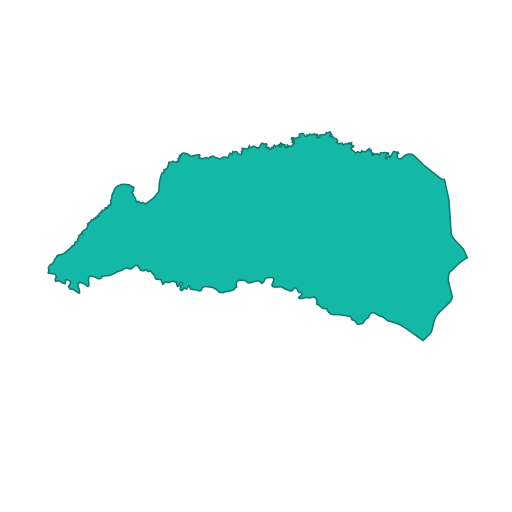 the district of Sam Chai, Kalasin, Thailand, rotated 259°
{"feature_id": "78962969B80615329073531", "entity_name": "Sam Chai", "entity_type": "district", "adm_level": 2, "iso_a3": "THA", "parent_name": "Thailand", "parent_adm1": "Kalasin", "projection": "orthographic", "projection_center": [103.555, 16.912], "detail": "fine", "context": "isolated", "style": "filled", "palette": "teal", "viewbox_px": 512, "rotation_deg": 259, "n_neighbors": 0, "source": "geoboundaries", "source_scale": "gbopen_adm2", "svg_char_len": 6109}
<svg xmlns="http://www.w3.org/2000/svg" viewBox="0 0 512 512"><g transform="rotate(259 256 256)"><path d="M283.9,49.8L282.0,50.0L278.8,48.8L276.6,55.3L273.7,56.1L271.8,54.5L269.3,54.4L269.4,57.9L266.4,60.9L265.2,63.2L269.0,64.8L268.1,67.4L265.9,69.2L264.0,68.2L262.0,66.2L259.1,67.1L258.0,70.3L253.2,75.1L253.8,75.9L256.6,76.2L260.6,75.4L262.2,75.8L263.7,77.7L263.7,78.6L260.1,83.6L258.5,84.5L258.2,85.7L259.6,86.5L265.4,87.1L267.9,88.6L267.5,91.0L266.4,93.4L263.9,96.5L263.5,98.4L264.1,100.2L265.6,100.9L264.8,108.2L265.8,113.4L267.1,117.0L267.4,120.9L269.1,125.9L267.0,130.9L269.7,135.5L269.7,136.9L269.3,138.0L268.4,137.8L267.3,138.8L264.5,139.6L263.6,140.8L263.0,142.4L263.3,145.9L262.8,146.7L261.9,146.5L261.2,147.2L261.4,149.7L255.7,152.7L252.4,153.4L250.8,158.3L246.1,158.9L246.4,160.1L247.9,161.7L247.7,163.4L246.9,164.2L246.6,165.9L247.3,169.5L246.1,170.9L245.6,172.9L241.8,172.8L241.1,173.3L241.3,174.2L244.0,176.4L244.4,177.6L244.0,178.5L242.3,178.6L241.5,176.4L238.6,175.4L237.1,175.3L236.2,176.3L236.5,177.3L238.3,179.2L236.8,181.5L239.7,184.2L239.2,184.7L236.3,185.2L234.6,188.8L234.3,190.5L232.5,193.7L232.5,195.4L235.4,197.6L235.8,200.2L233.6,207.1L230.6,210.9L227.5,213.0L226.2,216.8L226.8,219.7L226.6,224.6L227.1,227.9L228.3,228.8L229.2,231.1L232.8,231.3L234.2,232.4L235.4,234.3L234.1,240.6L231.0,243.1L230.8,245.6L231.2,248.3L231.2,253.9L227.9,256.6L229.5,259.0L231.9,260.6L232.6,262.1L231.7,267.9L230.8,268.9L229.2,269.0L224.6,266.0L222.9,266.5L221.9,268.3L220.8,275.2L218.0,278.3L215.0,283.3L215.1,285.2L217.2,287.3L216.9,289.1L215.9,290.0L212.4,290.8L211.4,293.1L210.1,293.9L209.2,293.7L207.3,290.0L206.3,290.2L205.5,292.0L205.8,297.2L204.5,301.1L204.8,304.5L204.4,305.7L201.8,307.2L197.0,306.5L195.6,308.5L191.9,311.3L190.8,315.1L186.8,316.5L184.5,318.7L183.7,320.5L182.5,326.5L178.8,336.8L178.0,337.4L175.1,338.1L173.2,341.1L170.1,342.2L169.3,343.5L169.5,348.1L173.0,351.4L174.2,354.7L177.5,356.9L178.1,359.2L177.8,361.1L173.5,365.8L172.0,368.8L167.4,372.8L163.4,380.6L160.8,384.4L155.4,390.3L141.1,403.9L147.0,412.7L148.5,414.0L159.4,419.1L162.3,421.1L165.3,424.5L173.6,437.4L176.5,440.1L179.0,440.9L194.9,440.1L199.9,441.2L202.8,442.7L210.3,454.4L213.4,461.0L213.9,463.2L223.6,460.7L234.3,453.9L237.5,452.5L240.8,451.9L273.9,456.1L295.2,455.6L295.3,454.1L296.7,452.2L313.1,438.1L324.2,430.4L326.2,428.3L327.0,425.2L326.8,422.5L323.8,416.6L323.8,414.9L325.8,413.6L328.8,414.1L329.6,415.7L330.9,415.2L331.1,414.7L330.4,413.8L331.6,413.0L332.3,410.8L327.5,406.9L327.4,406.3L328.6,406.2L328.8,405.7L328.3,403.9L326.5,402.2L329.7,402.3L330.7,404.3L330.4,405.4L331.8,405.6L333.2,401.6L333.0,399.8L333.6,398.0L332.1,397.1L332.0,395.9L333.2,394.9L333.2,391.9L334.2,391.4L332.4,389.8L333.7,388.8L334.6,389.8L336.5,389.0L337.9,389.3L338.0,387.4L339.7,388.0L339.0,385.6L337.8,384.5L337.3,383.0L338.0,382.3L338.1,380.9L339.2,380.1L337.4,378.2L339.0,375.7L338.1,374.4L338.1,373.5L343.3,369.4L344.0,369.9L344.2,371.8L345.3,372.8L345.8,372.5L345.7,371.7L346.2,371.2L347.4,370.9L349.0,371.5L348.9,370.7L348.0,369.9L349.4,368.9L348.6,368.2L349.0,365.2L348.6,362.4L350.4,362.0L350.3,359.0L352.1,356.7L353.6,358.2L355.8,357.2L357.2,354.5L359.0,354.0L358.6,352.9L359.6,351.2L360.1,351.3L360.2,352.8L360.9,353.4L362.1,352.5L363.6,352.6L363.9,352.1L363.2,350.3L363.8,348.7L361.9,346.9L361.7,346.0L362.4,345.1L362.5,341.7L361.2,341.5L361.0,340.5L360.2,340.0L360.2,338.8L362.0,338.6L362.7,339.9L363.9,339.0L363.4,337.5L363.6,337.0L364.7,336.8L364.3,333.1L365.5,332.2L364.2,330.7L365.2,329.2L364.2,329.2L363.7,327.7L364.7,326.8L367.2,325.8L367.7,322.8L366.8,321.5L365.6,321.8L364.1,320.8L364.5,320.2L363.7,317.1L365.0,315.2L365.2,313.6L364.4,313.8L364.0,313.1L363.0,313.5L363.0,315.2L362.4,315.5L361.4,315.2L361.9,314.4L361.0,313.2L360.2,313.8L360.1,315.2L359.2,315.3L358.2,313.2L356.7,311.9L357.4,309.6L359.0,307.8L358.3,307.7L357.1,308.8L356.5,307.9L357.3,306.9L356.6,305.8L356.8,305.4L359.5,305.7L360.2,304.4L359.9,303.4L360.9,303.3L362.2,301.9L361.0,301.1L359.2,302.3L358.5,301.6L358.8,299.8L360.8,299.8L359.5,295.9L361.3,295.3L360.7,294.1L358.8,293.4L359.4,292.1L358.5,291.9L357.9,290.0L358.2,289.4L359.5,289.6L360.4,289.0L360.0,287.1L360.4,286.3L361.3,286.2L362.7,287.9L364.2,287.6L364.3,285.4L365.7,283.2L364.1,281.5L361.8,280.1L361.7,279.4L361.9,277.6L364.4,274.5L363.3,271.2L365.4,270.4L362.5,268.3L364.4,263.0L363.7,262.8L362.3,263.4L361.5,261.6L359.7,261.6L358.5,260.7L358.5,259.8L359.8,257.8L362.3,256.9L362.3,254.2L363.0,253.2L360.2,251.8L361.8,250.4L361.7,249.7L357.5,247.0L358.7,245.5L359.4,243.2L358.1,238.6L359.5,237.1L360.3,234.8L362.1,233.5L362.2,230.1L360.7,228.1L362.1,226.0L361.6,221.5L362.7,220.6L362.9,218.8L364.0,218.8L365.3,220.1L366.1,220.0L366.6,217.9L366.3,211.1L369.5,208.2L370.9,204.5L370.7,202.7L369.7,202.3L369.8,201.4L369.1,201.1L369.2,200.4L367.8,200.3L368.2,199.7L366.6,198.9L366.3,198.1L365.7,198.5L364.8,197.9L364.0,198.4L364.0,196.5L363.1,196.4L363.0,195.5L364.9,192.4L364.2,191.2L364.7,188.4L360.3,186.6L360.4,186.3L359.1,185.6L358.4,184.7L358.7,183.8L358.2,182.6L357.2,182.2L357.5,181.9L355.6,181.7L355.5,179.8L353.3,178.2L346.1,175.0L338.7,173.2L337.4,172.4L332.4,166.3L328.2,157.7L330.3,154.8L329.9,152.6L331.0,152.1L332.3,150.7L331.7,149.5L331.9,149.0L336.1,148.5L337.7,147.5L340.5,147.2L342.1,146.3L343.4,147.9L346.6,149.2L347.3,148.9L348.3,146.7L349.9,145.6L351.6,140.3L351.9,138.1L351.2,134.0L350.4,132.0L348.8,130.1L343.1,126.2L339.3,125.1L338.5,124.1L335.4,123.5L334.6,123.7L333.8,123.0L334.2,122.7L334.0,120.9L331.7,119.7L331.3,118.3L332.1,118.2L332.0,117.1L331.1,117.1L329.9,115.6L330.1,114.7L329.5,114.1L330.0,113.6L329.1,112.5L328.3,112.6L327.6,110.1L324.9,109.2L324.7,108.7L325.5,108.1L324.7,108.0L324.1,106.6L324.6,106.4L323.6,105.7L323.9,104.3L322.3,103.0L323.0,101.5L321.5,100.4L319.7,96.8L318.6,97.0L315.2,95.2L313.5,91.1L312.3,89.4L310.5,89.9L311.3,88.7L309.4,85.6L308.1,85.5L306.8,84.3L305.2,84.2L303.8,80.8L301.7,79.9L300.8,78.3L301.2,77.5L300.2,77.0L295.2,68.2L294.6,65.4L294.6,61.7L293.8,61.1L294.0,60.6L291.5,58.5L291.2,57.6L289.9,57.2L287.1,54.5L286.9,52.9L285.8,51.4L283.9,49.8Z" fill="#14b8a6" stroke="#0f766e" stroke-width="1.5"/></g></svg>